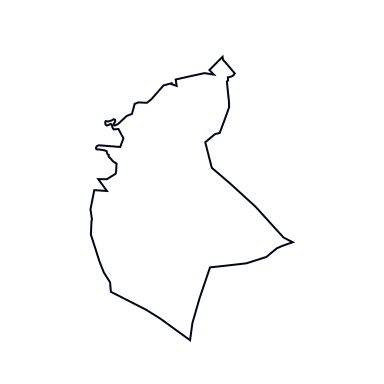 the district of Santiago Huajolotitlán, Oaxaca, Mexico, rotated 35°
{"feature_id": "50627088B70096556657252", "entity_name": "Santiago Huajolotitlán", "entity_type": "district", "adm_level": 2, "iso_a3": "MEX", "parent_name": "Mexico", "parent_adm1": "Oaxaca", "projection": "albers", "projection_center": [-97.715, 17.814], "detail": "fine", "context": "isolated", "style": "outline", "palette": "ink", "viewbox_px": 384, "rotation_deg": 35, "n_neighbors": 0, "source": "geoboundaries", "source_scale": "gbopen_adm2", "svg_char_len": 1672}
<svg xmlns="http://www.w3.org/2000/svg" viewBox="0 0 384 384"><g transform="rotate(35 192 192)"><path d="M303.3,175.4L293.1,176.8L285.5,175.1L252.4,167.6L218.5,163.2L194.3,160.8L175.2,144.4L174.3,143.7L176.4,135.9L177.6,131.5L180.8,127.7L177.0,113.0L173.8,101.3L170.2,96.5L159.1,83.7L157.2,81.5L157.3,81.0L157.3,80.4L157.6,79.9L155.6,77.6L157.8,75.1L158.7,73.6L159.0,72.2L159.0,70.3L144.4,66.5L141.5,65.9L139.5,63.7L136.3,82.1L142.6,83.3L134.0,87.5L122.3,100.2L114.1,109.2L118.6,113.9L113.4,115.4L112.9,114.6L107.5,121.1L106.3,132.4L105.5,139.5L103.9,144.8L101.4,146.4L96.9,149.2L96.8,149.3L94.5,152.7L95.4,155.1L98.0,162.5L94.9,167.2L93.1,175.6L93.0,176.0L92.5,178.4L91.9,179.7L90.9,181.5L89.5,182.2L88.7,180.7L88.8,179.3L88.6,178.1L87.3,176.9L86.0,177.4L85.0,179.8L84.1,180.8L83.2,182.0L82.3,182.7L80.7,183.3L80.8,184.5L82.4,186.3L83.9,186.5L85.2,185.0L86.1,183.0L86.9,182.7L87.9,183.3L90.7,185.3L92.1,185.6L92.4,185.3L92.7,185.0L94.8,183.3L95.6,182.6L96.1,182.8L98.6,184.1L100.0,184.8L104.1,186.8L105.0,187.3L107.4,196.3L89.5,206.8L88.6,207.5L87.8,208.9L87.8,210.1L88.4,211.5L89.6,211.7L90.5,211.1L91.7,210.3L97.1,207.8L98.8,207.6L99.9,208.6L101.1,209.5L102.7,209.5L103.5,210.9L106.4,211.3L108.3,211.9L110.4,212.2L112.0,212.1L113.9,212.0L117.8,218.3L119.0,220.8L114.9,230.4L107.8,235.2L121.7,240.0L110.9,246.5L118.7,264.3L125.9,272.0L126.5,273.7L133.6,284.9L145.5,293.9L155.8,301.8L163.2,306.7L166.2,308.6L176.7,313.0L182.8,320.3L221.9,314.8L238.9,313.9L254.9,314.2L275.4,314.5L267.5,299.1L259.1,274.6L259.0,274.2L250.0,243.4L262.6,232.4L277.5,219.2L290.2,202.5L292.2,195.1L293.8,189.4L297.2,183.9L303.3,175.4Z" fill="none" stroke="#020617" stroke-width="2"/></g></svg>